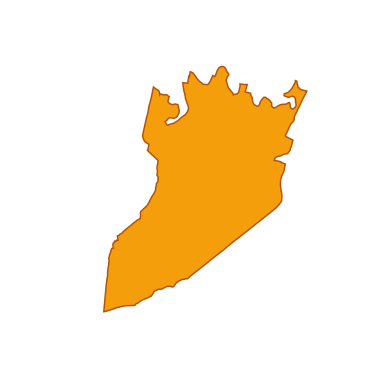 outline of Calui, Olt, Romania, rotated 298°
{"feature_id": "2599482B47257353667324", "entity_name": "Calui", "entity_type": "district", "adm_level": 2, "iso_a3": "ROU", "parent_name": "Romania", "parent_adm1": "Olt", "projection": "robinson", "projection_center": [24.053, 44.456], "detail": "fine", "context": "isolated", "style": "filled", "palette": "amber", "viewbox_px": 384, "rotation_deg": 298, "n_neighbors": 0, "source": "geoboundaries", "source_scale": "gbopen_adm2", "svg_char_len": 6081}
<svg xmlns="http://www.w3.org/2000/svg" viewBox="0 0 384 384"><g transform="rotate(298 192 192)"><path d="M335.0,246.0L333.4,239.8L334.7,236.1L339.1,232.4L338.9,231.0L337.4,231.6L333.9,231.7L330.4,231.6L327.1,230.8L325.3,230.2L324.1,229.4L322.7,227.8L321.9,227.4L320.4,228.0L320.2,228.3L320.5,230.3L320.6,231.4L320.7,232.0L320.9,232.7L321.3,233.3L322.9,234.6L323.5,235.2L324.0,237.3L323.7,237.9L323.6,238.5L323.1,239.1L317.4,243.3L315.4,243.3L313.2,242.6L312.6,242.2L312.4,241.5L312.4,240.9L312.8,239.6L313.1,239.1L314.1,238.2L315.2,237.6L316.0,236.9L316.3,236.4L316.7,236.1L316.6,235.7L315.9,235.2L315.1,234.6L314.3,234.2L313.6,233.6L312.7,232.0L310.9,229.4L309.7,228.4L308.1,227.3L307.2,227.0L305.4,225.7L304.5,224.7L305.2,222.1L308.2,220.4L308.5,219.2L309.3,218.0L309.5,216.7L309.8,215.9L309.8,215.6L309.7,214.5L309.7,213.7L310.1,212.9L310.1,212.4L309.9,212.0L309.5,211.2L309.1,211.0L307.3,210.5L306.2,210.1L303.5,210.1L300.4,210.5L299.1,210.4L298.7,210.0L298.4,209.5L298.3,208.7L298.3,205.7L298.9,204.9L299.4,203.9L300.3,203.3L300.6,203.0L303.2,201.1L303.9,200.4L304.4,199.3L304.7,198.9L305.4,198.3L306.6,197.5L306.6,196.8L305.3,192.0L312.8,190.3L311.9,188.6L311.5,187.8L310.6,185.2L309.8,183.6L308.4,184.6L307.3,185.0L305.5,185.4L302.5,186.2L301.6,186.2L300.9,186.1L300.2,185.9L299.5,185.4L298.8,184.4L297.2,182.9L297.7,182.5L298.4,181.6L301.2,175.0L302.1,174.1L305.6,170.7L306.4,170.0L306.9,169.7L307.5,169.5L308.8,169.4L310.5,169.0L312.5,169.6L313.2,169.2L313.5,168.8L314.5,166.7L316.0,164.7L316.8,163.3L317.3,162.5L317.4,161.9L317.4,161.4L317.4,160.9L317.2,160.2L316.9,159.5L316.6,158.9L315.3,158.0L314.5,157.6L313.9,157.4L310.3,157.3L309.8,157.4L308.4,157.7L305.5,158.0L304.6,157.9L304.6,155.6L297.8,156.1L294.2,155.6L292.4,151.4L293.3,146.4L294.4,143.5L297.6,137.0L297.4,134.0L292.7,135.5L292.7,134.8L286.1,137.1L284.2,132.6L280.7,134.9L278.2,136.8L276.2,138.6L274.8,139.9L272.9,141.4L271.6,142.2L266.5,147.8L264.6,149.5L263.2,150.0L261.1,150.2L259.0,150.1L257.2,149.7L252.6,147.5L248.5,146.1L244.6,143.9L241.8,141.1L239.5,139.2L239.4,138.5L240.1,137.4L240.8,136.2L241.6,135.1L242.4,135.7L243.1,136.0L244.1,136.3L244.9,136.4L246.0,136.8L247.4,137.8L247.6,138.4L248.3,140.8L248.5,141.3L249.4,142.2L250.6,143.1L251.5,143.4L252.8,143.4L256.0,143.3L256.9,143.0L258.8,141.8L261.9,138.9L262.5,138.5L262.3,138.2L262.0,136.1L260.8,134.9L260.1,133.6L259.7,132.5L259.6,130.9L260.1,129.1L260.8,128.2L262.1,127.8L265.5,127.1L265.7,125.5L266.0,124.7L265.7,123.3L265.1,122.4L264.5,121.3L263.9,119.1L263.8,118.2L263.7,118.0L263.4,117.9L262.9,117.9L263.2,117.7L264.0,116.8L264.9,116.3L265.6,115.3L266.0,113.8L266.0,113.2L266.1,112.6L266.1,111.7L266.1,111.0L266.3,110.5L266.6,108.7L254.5,112.2L253.6,112.3L251.3,113.0L248.9,113.4L245.5,114.3L244.1,114.9L241.6,115.7L235.7,117.1L219.8,121.5L218.3,122.1L217.4,122.8L216.3,123.9L215.1,125.4L214.4,126.6L214.1,127.5L213.9,130.3L214.0,131.4L213.4,131.7L210.2,132.7L209.1,133.1L208.2,133.1L207.8,133.1L207.4,134.8L206.8,136.5L206.0,139.4L206.0,139.9L205.7,140.8L205.5,141.7L204.4,145.4L204.1,146.9L204.0,147.1L203.6,147.3L201.1,148.4L199.3,148.8L197.2,149.6L196.6,150.0L195.8,150.4L195.5,150.8L194.3,151.6L192.6,152.4L190.8,152.9L190.4,153.2L190.1,153.6L189.9,153.9L189.6,154.7L189.1,155.2L187.9,155.6L187.4,156.0L186.5,156.5L185.1,157.0L184.6,157.0L184.2,157.0L183.1,156.6L182.8,156.6L180.5,157.5L178.5,158.0L177.6,158.5L176.0,159.0L173.2,159.1L170.1,158.8L167.5,158.7L166.1,158.8L164.1,158.8L163.2,159.0L162.9,158.9L162.1,158.6L160.4,158.8L159.5,158.7L158.8,158.6L156.5,157.9L154.3,157.1L152.0,156.4L150.6,155.9L149.4,156.2L146.9,157.7L144.7,158.6L144.1,158.9L144.0,158.7L143.4,158.2L142.0,157.2L141.1,156.7L135.7,154.3L133.9,153.8L130.6,152.2L125.9,150.3L123.8,149.7L122.1,149.1L121.5,148.7L121.1,148.2L119.8,147.9L119.2,147.7L118.5,146.8L117.9,146.8L117.6,147.0L115.4,149.0L114.6,149.5L114.4,149.4L114.4,149.2L114.4,148.8L114.2,148.2L113.9,147.8L113.5,147.7L112.7,148.1L112.4,147.9L112.3,147.5L112.3,147.0L112.3,146.8L111.9,146.8L111.7,147.2L111.4,147.2L111.0,147.0L110.5,146.9L110.4,146.7L110.1,146.5L109.1,146.6L108.3,146.9L107.0,147.8L105.3,149.1L105.2,148.9L105.1,148.2L104.9,147.9L104.5,147.7L104.0,147.6L102.1,148.0L101.5,148.3L99.0,148.5L97.9,148.7L94.8,149.6L93.9,149.9L93.4,150.6L88.8,152.5L86.1,153.4L81.4,155.2L79.2,156.3L78.4,156.8L77.0,157.2L70.9,159.4L68.0,160.6L44.9,170.3L45.3,170.9L46.1,171.8L47.4,173.2L52.6,178.2L53.3,178.9L53.5,178.8L58.7,184.6L59.8,186.0L60.9,187.7L61.4,188.4L62.3,190.1L62.6,190.7L64.3,193.5L64.5,194.0L65.2,194.8L66.1,194.9L67.1,195.2L68.3,196.2L68.8,196.5L70.9,197.3L71.8,197.8L74.6,199.8L75.2,200.3L75.7,200.9L76.9,201.8L78.4,203.1L79.8,203.8L80.0,203.9L80.8,204.8L81.4,204.9L81.8,205.1L82.9,205.1L84.9,205.4L85.4,205.1L86.0,205.1L87.5,205.7L87.9,206.3L88.8,207.0L89.7,207.3L91.5,209.7L91.7,210.4L92.3,211.0L92.8,211.3L93.5,212.0L93.8,212.1L94.8,212.7L96.4,213.8L97.3,214.9L98.4,216.7L98.8,219.0L99.2,219.6L99.8,220.1L100.2,220.3L103.2,220.6L103.7,220.7L104.6,220.8L105.0,221.0L105.5,221.5L105.9,221.7L106.4,221.9L106.9,221.9L107.2,222.1L108.3,223.1L109.0,223.5L110.0,224.3L111.4,226.2L112.1,226.8L112.9,228.0L113.2,228.7L117.1,230.1L135.5,238.2L145.7,242.5L150.7,244.8L157.8,247.9L159.2,248.3L165.6,251.1L170.6,253.2L172.8,254.3L186.2,260.2L193.4,263.3L211.8,271.3L217.4,273.7L218.6,274.0L222.4,274.9L224.6,275.2L225.9,275.3L227.0,275.0L231.7,272.7L232.7,272.0L234.7,270.3L237.9,268.0L239.2,267.1L240.4,266.4L244.3,264.5L245.2,264.3L248.8,263.7L253.5,263.4L260.5,261.3L260.0,256.1L260.3,256.0L260.1,254.8L258.5,249.7L258.9,249.6L260.8,249.4L261.6,249.6L262.5,250.1L263.7,251.0L265.3,253.1L266.3,253.8L267.5,254.6L268.4,255.4L269.4,256.4L270.5,258.1L270.8,258.4L272.7,258.6L274.5,259.0L275.1,259.0L276.9,258.4L277.4,258.3L278.5,258.4L280.0,258.1L282.7,257.3L283.9,257.0L284.7,257.0L285.1,256.8L285.2,256.5L285.0,249.1L285.4,248.0L286.0,247.9L288.7,247.9L296.2,247.4L298.4,247.4L299.1,247.4L300.5,248.0L301.4,248.3L302.0,248.4L303.2,248.3L304.1,248.2L304.8,247.9L305.9,247.2L306.4,247.0L319.5,246.5L325.4,246.2L331.9,246.1L335.0,246.0Z" fill="#f59e0b" stroke="#b45309" stroke-width="1.5"/></g></svg>